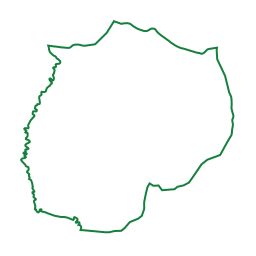 the district of Juban, Al Dali', Yemen, rotated 94°
{"feature_id": "15242507B54497479807016", "entity_name": "Juban", "entity_type": "district", "adm_level": 2, "iso_a3": "YEM", "parent_name": "Yemen", "parent_adm1": "Al Dali'", "projection": "albers", "projection_center": [44.946, 14.052], "detail": "fine", "context": "isolated", "style": "outline", "palette": "green", "viewbox_px": 256, "rotation_deg": 94, "n_neighbors": 0, "source": "geoboundaries", "source_scale": "gbopen_adm2", "svg_char_len": 5896}
<svg xmlns="http://www.w3.org/2000/svg" viewBox="0 0 256 256"><g transform="rotate(94 128 128)"><path d="M228.1,124.4L221.7,119.6L217.7,111.4L214.6,108.1L207.7,106.2L200.8,106.7L194.4,105.9L186.7,104.7L185.8,104.5L181.8,102.6L183.9,98.5L183.2,93.5L187.7,89.7L185.8,77.3L183.2,74.6L181.3,68.4L178.2,63.4L171.1,59.1L159.2,52.2L154.1,46.6L148.5,34.2L134.5,27.7L128.4,24.6L127.5,24.2L126.1,24.1L122.2,24.0L120.9,23.9L119.0,23.6L117.1,23.6L115.8,23.9L113.3,24.5L112.7,24.5L112.1,24.5L110.9,23.9L110.2,23.8L109.1,23.7L108.5,23.7L107.2,24.1L105.4,24.8L101.2,26.1L100.6,26.2L97.3,26.2L93.3,26.6L90.9,27.0L90.3,27.1L89.2,27.5L85.8,29.4L84.7,29.8L69.2,34.8L53.2,43.8L44.0,45.0L42.8,44.9L41.7,44.8L41.8,45.4L42.2,47.2L42.8,49.6L43.3,52.0L43.9,53.8L44.2,54.3L44.7,54.9L45.2,55.3L45.7,55.5L46.5,56.4L47.9,57.6L48.7,59.3L48.8,59.9L48.7,60.5L48.4,61.6L48.2,62.0L48.3,62.6L47.8,65.8L44.8,78.7L44.9,79.2L44.6,80.5L43.9,83.0L42.9,85.4L42.1,87.1L41.3,88.4L40.0,90.9L39.2,92.0L38.2,93.4L37.5,94.6L37.1,95.1L36.1,96.9L35.3,98.0L34.0,100.3L33.2,101.5L32.5,102.4L32.2,103.0L30.5,105.2L29.0,106.6L28.4,107.0L27.5,107.9L27.3,108.5L27.1,109.6L27.1,110.3L27.1,110.9L27.2,111.4L27.4,112.0L27.7,112.6L28.5,113.6L29.5,115.1L29.8,115.7L30.1,117.0L30.1,118.2L30.0,119.4L29.5,121.2L29.4,121.9L29.0,123.1L28.5,124.9L27.5,127.2L26.8,128.4L26.2,129.6L25.9,130.2L24.3,132.4L23.8,133.6L23.6,134.9L23.5,135.6L23.6,137.1L23.7,137.7L23.8,138.9L23.9,139.7L24.4,140.9L24.5,142.0L24.4,142.6L24.0,143.8L23.9,144.5L23.5,145.6L23.3,146.2L23.1,147.5L23.0,148.0L22.4,149.4L24.5,150.5L34.6,155.9L46.6,166.5L46.8,166.8L49.0,176.8L48.9,179.7L48.7,180.5L48.4,181.6L48.3,182.9L48.3,184.3L48.5,186.4L48.9,187.7L49.1,188.3L49.4,188.9L49.8,189.3L50.7,190.2L51.7,191.3L52.0,191.9L52.2,192.6L52.3,195.3L52.2,197.5L52.2,200.7L52.0,202.6L51.8,205.8L51.8,207.8L51.5,211.0L51.4,213.3L52.9,212.7L55.0,212.3L56.3,211.8L57.3,211.4L57.8,211.1L58.3,210.6L59.0,209.7L59.8,208.8L60.7,207.6L61.0,207.1L61.4,205.9L61.7,205.3L62.5,204.5L63.1,204.3L63.6,203.9L64.3,202.3L65.1,201.4L65.5,200.9L66.0,200.4L66.6,200.2L67.2,200.1L67.8,200.3L68.3,200.6L68.6,201.1L68.8,201.6L68.8,202.2L69.3,204.3L69.8,204.6L70.4,204.3L71.6,204.2L72.2,204.3L72.4,204.9L72.6,206.1L72.8,206.6L73.3,206.9L73.8,206.6L74.6,205.5L75.2,205.3L75.8,205.3L76.4,205.3L78.2,205.7L78.8,205.7L79.9,206.5L80.5,206.5L81.7,206.0L83.0,205.5L83.7,205.4L84.5,205.5L85.7,205.9L85.8,206.4L85.1,207.5L84.2,208.4L84.0,209.0L84.2,209.6L84.7,209.8L85.3,209.6L85.9,209.2L87.2,208.1L87.9,207.1L88.5,207.1L89.0,207.2L89.8,208.3L90.4,208.5L91.0,208.7L91.4,209.0L92.1,210.1L93.2,211.0L93.6,211.5L95.3,212.2L97.1,212.6L97.5,213.1L97.8,213.6L98.0,214.2L97.9,216.6L98.4,216.9L99.0,216.9L100.8,216.6L101.3,217.0L102.1,218.0L102.5,218.5L103.0,218.7L103.6,218.7L104.2,218.7L107.6,217.9L108.8,217.7L109.4,217.7L110.0,217.8L110.3,218.3L110.5,218.9L110.6,220.1L111.2,220.2L111.7,220.4L112.1,221.5L112.6,221.9L113.7,222.0L114.3,222.2L114.9,222.2L115.4,221.9L115.6,221.4L115.9,220.8L116.2,220.3L116.8,220.2L117.4,220.3L117.8,220.7L117.9,221.3L117.9,223.1L118.0,223.7L118.6,223.9L119.2,224.1L120.3,224.1L120.9,223.9L121.3,223.3L121.5,222.6L122.0,222.2L122.5,222.2L123.1,222.5L124.7,223.8L125.2,224.1L125.6,224.5L127.1,225.6L128.2,226.2L129.4,226.6L131.1,227.4L131.7,227.7L132.3,227.8L133.4,227.5L134.6,227.2L135.2,227.4L135.3,228.1L135.3,230.5L135.5,231.1L136.0,231.4L136.5,231.2L136.9,230.7L137.9,229.2L138.5,229.2L139.5,230.1L139.8,229.7L139.9,228.4L140.1,227.9L140.8,227.7L141.4,227.7L142.1,227.6L142.9,227.6L143.5,227.7L144.9,228.9L145.5,229.2L146.2,229.1L146.5,228.5L146.7,227.3L147.2,226.2L147.5,225.6L148.1,225.2L148.7,225.0L149.2,225.4L149.9,226.5L150.5,227.7L151.0,228.3L151.5,228.9L152.1,229.2L152.6,229.2L153.2,228.9L153.9,227.9L154.5,226.9L155.2,225.9L155.7,225.9L156.1,226.5L156.4,228.2L156.7,228.7L157.2,229.0L158.2,228.3L158.8,228.6L159.4,229.7L159.9,230.2L160.4,230.5L160.8,230.0L160.7,229.4L160.3,228.3L160.2,227.7L160.6,227.3L161.2,227.4L161.7,228.1L162.2,229.1L162.7,229.4L163.3,229.2L163.8,228.1L164.3,227.9L164.9,228.4L165.1,228.9L165.6,230.7L165.8,231.2L166.2,231.7L166.6,232.1L167.1,232.4L167.7,232.2L168.2,231.8L170.5,229.4L171.7,227.9L172.5,227.6L173.0,227.3L173.4,226.8L173.6,226.2L173.6,225.7L173.8,225.1L174.2,224.6L174.8,224.4L175.4,224.3L176.6,224.3L177.2,224.5L177.6,225.1L178.1,225.5L178.6,225.7L179.2,225.5L179.6,225.2L180.1,224.1L180.5,223.7L181.0,223.3L181.5,223.2L182.0,223.5L182.6,223.6L183.2,223.3L183.7,222.9L184.4,222.7L185.0,222.9L185.7,223.2L186.1,222.7L186.4,221.6L186.8,221.1L187.3,220.8L190.2,219.6L190.7,219.5L192.4,219.2L193.0,218.9L193.5,218.8L194.1,219.1L194.7,219.2L197.4,217.3L198.0,217.0L198.4,217.5L198.4,218.1L198.6,218.7L199.2,218.8L199.7,218.7L200.1,218.3L200.4,217.7L200.8,217.3L201.5,217.1L202.1,217.2L202.7,217.5L203.3,217.5L203.7,217.1L204.9,215.6L205.2,215.1L205.8,215.0L206.2,215.4L206.5,216.0L206.8,216.5L207.4,216.6L208.2,216.6L209.3,216.1L210.3,215.7L210.9,215.6L212.0,215.1L212.6,215.0L213.2,214.9L213.7,215.1L215.0,215.2L215.6,215.2L215.8,214.7L215.8,214.1L217.2,213.5L217.6,213.1L218.3,212.2L218.4,211.5L218.1,211.1L217.5,210.7L216.9,210.5L216.3,210.4L215.8,210.3L215.3,209.9L215.2,209.3L215.3,208.7L215.9,208.7L216.4,208.9L217.0,209.0L217.2,208.4L217.6,206.5L217.7,205.3L218.0,204.1L218.6,202.5L220.0,197.4L220.6,195.5L220.7,194.8L221.1,191.3L221.4,189.3L221.3,186.4L221.2,185.2L221.4,184.5L221.4,183.8L221.7,181.9L221.9,181.3L222.6,179.0L222.9,178.4L223.4,176.7L223.5,176.1L222.9,175.7L221.1,175.6L220.7,175.2L220.8,174.6L221.6,172.9L222.1,172.4L222.5,172.0L223.2,171.9L223.7,172.1L224.2,172.5L224.6,172.9L225.6,173.5L226.1,173.2L226.1,172.6L225.6,171.6L225.4,171.0L225.4,170.4L225.8,169.9L226.4,169.7L227.1,169.9L227.5,170.3L228.1,170.6L228.1,170.0L228.0,169.4L228.4,169.0L228.8,168.5L229.9,168.0L230.4,167.7L231.0,167.7L233.1,168.2L233.1,164.1L233.6,143.2L233.3,139.5L231.7,134.2L231.0,127.5L228.1,124.4Z" fill="none" stroke="#15803d" stroke-width="2"/></g></svg>